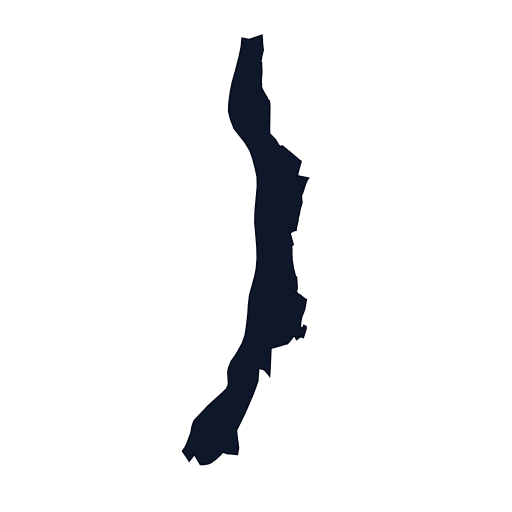 Pļaviņas, Plavinu, Latvia, rotated 104°
{"feature_id": "27541924B71178019196627", "entity_name": "Pļaviņas", "entity_type": "district", "adm_level": 2, "iso_a3": "LVA", "parent_name": "Latvia", "parent_adm1": "Plavinu", "projection": "equal_earth", "projection_center": [25.73, 56.614], "detail": "fine", "context": "isolated", "style": "filled", "palette": "ink", "viewbox_px": 512, "rotation_deg": 104, "n_neighbors": 0, "source": "geoboundaries", "source_scale": "gbopen_adm2", "svg_char_len": 3890}
<svg xmlns="http://www.w3.org/2000/svg" viewBox="0 0 512 512"><g transform="rotate(104 256 256)"><path d="M463.2,280.1L464.8,278.2L466.9,275.8L467.3,275.3L468.9,273.6L471.2,271.2L465.0,268.5L463.4,267.8L468.1,263.1L471.7,259.6L471.7,258.8L471.4,257.8L470.9,256.2L470.3,254.6L469.4,252.6L469.1,252.1L468.9,251.7L468.6,251.3L467.9,250.4L467.2,249.5L466.3,248.8L465.3,248.0L463.7,246.6L462.9,246.0L461.1,244.8L459.3,243.6L457.0,242.1L454.4,241.1L454.4,239.7L454.5,237.9L454.7,235.2L454.3,234.7L454.3,234.2L454.1,233.1L453.8,231.0L453.5,229.2L453.5,228.6L453.4,228.0L453.3,227.4L453.2,226.7L453.1,226.0L451.4,226.2L449.7,226.3L449.2,226.3L446.1,226.6L445.3,227.0L441.8,228.3L439.4,229.3L431.5,232.3L429.8,232.8L429.7,232.9L425.2,231.8L411.2,228.8L402.4,227.3L400.6,227.0L395.9,226.3L392.8,225.7L389.5,225.3L385.1,224.8L382.3,224.5L378.9,224.2L377.1,224.0L374.7,224.4L370.4,225.2L367.8,225.6L366.2,225.9L365.4,226.1L365.0,226.2L364.2,226.3L364.2,225.0L364.2,223.9L364.3,223.6L364.3,223.4L364.3,222.8L364.1,222.1L364.3,221.1L364.5,220.7L364.6,220.4L364.6,220.2L364.5,219.8L365.1,219.3L367.3,216.0L368.1,215.1L369.2,213.8L364.1,214.7L349.7,217.6L341.9,219.2L341.1,217.6L335.2,207.5L335.0,207.3L334.8,207.1L333.5,204.3L329.1,202.0L325.7,200.7L324.0,198.9L327.3,196.5L326.1,195.5L323.4,193.3L323.7,190.4L314.1,189.8L313.7,190.1L312.4,190.3L311.7,192.8L315.2,193.3L314.2,195.8L309.8,196.6L305.7,196.9L303.8,197.0L301.8,196.7L300.2,196.4L298.1,196.2L295.8,195.9L294.7,196.0L286.1,196.6L285.7,198.1L285.3,199.5L283.3,203.4L282.4,207.4L281.5,207.3L281.2,209.0L280.1,208.3L277.5,208.2L274.8,209.0L266.7,211.6L266.3,212.8L260.0,216.2L259.8,216.3L259.7,216.4L259.3,216.6L255.1,218.4L253.9,218.9L253.2,219.2L251.4,220.0L250.3,220.3L247.4,221.1L245.3,221.8L240.3,223.0L237.5,224.1L236.6,223.2L235.9,222.7L233.8,223.9L232.1,224.8L230.4,225.8L230.0,226.0L226.1,228.2L225.4,228.6L222.5,225.7L221.3,223.3L220.2,223.7L217.1,223.8L215.3,223.8L213.6,223.9L212.1,223.8L210.4,224.1L208.8,224.3L207.1,224.3L204.3,224.2L204.4,224.6L202.4,224.5L198.5,224.6L197.9,224.5L194.8,224.4L193.8,224.4L193.1,224.3L191.8,224.8L187.8,226.3L187.5,226.1L187.1,226.5L186.2,226.6L184.5,226.3L183.7,226.1L172.0,225.3L171.9,225.3L172.0,225.1L171.5,225.0L171.1,225.0L170.7,224.9L170.3,224.8L170.0,224.8L169.6,224.7L169.3,224.6L169.1,224.5L168.9,224.3L168.6,224.2L168.1,224.0L167.7,223.8L167.7,224.1L167.7,225.2L167.8,226.2L168.0,231.3L168.1,232.9L168.2,234.5L168.2,235.0L166.9,235.3L166.6,235.4L161.6,235.4L155.4,235.2L153.2,235.2L152.1,238.2L152.0,238.3L151.9,238.4L151.8,238.5L151.7,238.6L150.9,240.2L150.5,241.2L147.2,247.8L145.9,250.7L142.9,256.9L142.9,257.1L143.0,257.3L143.4,257.8L143.9,258.4L143.4,260.2L142.5,261.3L142.3,261.5L138.5,265.2L137.8,266.2L134.3,272.0L133.8,272.5L131.1,273.2L128.4,273.9L108.3,278.6L106.6,279.1L104.9,279.6L103.6,280.1L102.3,280.6L101.8,281.9L99.9,283.4L97.6,285.8L96.7,286.7L93.2,289.9L90.7,291.7L88.6,292.3L88.5,292.1L88.2,292.2L88.3,292.4L85.6,293.1L83.7,293.6L83.1,293.8L82.1,294.0L81.9,293.8L81.7,293.9L75.6,295.0L69.6,296.8L67.1,297.5L67.4,297.9L66.2,298.2L64.6,299.0L64.1,298.4L61.8,298.8L54.6,298.8L52.9,299.4L48.6,301.0L44.3,302.3L42.3,303.0L40.3,303.7L42.6,307.1L47.2,314.3L47.6,315.0L48.0,322.2L56.3,320.9L65.5,320.5L81.9,320.6L93.2,321.0L104.2,320.4L114.5,319.2L122.1,317.6L129.0,314.0L137.5,308.1L142.9,301.2L148.1,294.4L155.1,287.3L162.3,282.6L170.9,277.9L179.1,273.9L188.1,271.5L199.6,269.7L212.6,267.7L223.8,265.2L233.0,262.0L247.6,257.1L257.8,254.3L268.0,252.6L275.2,252.2L286.3,252.4L295.4,252.7L305.4,251.4L312.9,250.0L324.9,248.3L335.8,247.3L343.9,248.1L352.2,250.3L358.7,252.3L364.1,254.5L371.5,255.5L375.2,255.2L377.0,254.8L385.7,252.0L389.2,251.8L392.4,252.6L400.1,257.5L406.5,261.9L414.3,267.0L418.5,269.2L427.1,274.2L430.5,276.0L432.2,276.4L436.9,276.8L443.5,276.3L450.8,277.2L454.5,277.6L459.0,278.5L463.2,280.1Z" fill="#0f172a" stroke="#020617" stroke-width="1.5"/></g></svg>